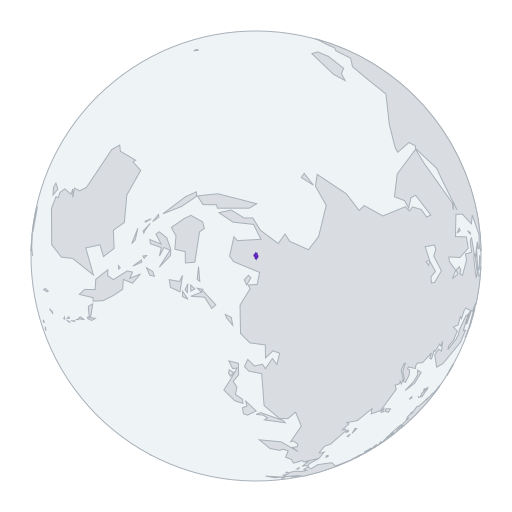 the Earth from above Roi Et, rotated 141°
{"feature_id": "THA-442", "entity_name": "Roi Et", "entity_type": "Province", "adm_level": 1, "iso_a3": "THA", "parent_name": "Thailand", "parent_adm1": "", "projection": "orthographic", "projection_center": [103.855, 15.941], "detail": "fine", "context": "on_globe", "style": "filled", "palette": "violet", "viewbox_px": 512, "rotation_deg": 141, "n_neighbors": 0, "source": "natural_earth", "source_scale": "10m", "svg_char_len": 10982}
<svg xmlns="http://www.w3.org/2000/svg" viewBox="0 0 512 512"><g transform="rotate(141 256 256)"><circle cx="256" cy="256" r="225" fill="#eef3f6" stroke="#a8b0b8"/><path d="M466.2,330.2L465.8,331.7L465.7,331.9L466.2,330.2ZM357.8,55.0L359.6,56.9L367.9,62.1L360.3,58.1L380.9,71.8L387.1,79.0L375.5,68.3L370.8,65.4L372.8,68.6L368.4,66.5L366.9,67.0L361.5,64.4L355.1,59.1L351.5,57.6L353.2,60.0L348.8,59.5L346.9,56.0L339.1,54.9L327.0,47.5L326.5,42.9L315.3,39.1L309.0,37.0L325.7,41.8L342.0,47.8L357.8,55.0ZM463.6,168.5L463.5,168.3L463.2,167.5L463.6,168.5ZM374.7,66.8L373.2,65.1L376.2,67.6L374.7,66.8ZM367.6,67.6L369.5,68.9L367.9,68.7L367.6,67.6ZM358.2,64.7L355.1,64.3L357.1,63.7L358.2,64.7ZM352.5,63.5L345.1,63.4L348.5,66.0L334.5,59.1L345.5,61.1L347.5,59.8L349.1,61.8L352.5,63.5ZM306.5,36.5L306.8,36.5L301.7,35.4L306.5,36.5ZM301.0,35.3L304.8,36.3L296.7,34.7L292.7,33.8L293.6,33.9L289.8,33.4L289.2,33.2L301.0,35.3ZM328.0,55.7L325.2,55.2L326.9,54.8L328.0,55.7ZM285.2,32.6L285.5,32.7L278.8,31.9L280.6,32.1L285.2,32.6ZM309.9,37.5L309.5,37.7L302.9,36.4L301.9,36.4L296.6,34.7L309.9,37.5ZM278.0,31.8L275.4,31.6L271.5,31.3L272.7,31.3L278.0,31.8ZM288.6,33.1L288.8,33.2L286.5,32.9L288.6,33.1ZM274.5,31.5L275.8,31.7L276.7,31.8L273.9,31.6L274.5,31.5ZM292.3,34.1L289.6,33.7L294.1,34.7L289.3,34.2L286.7,33.3L285.8,33.4L284.4,33.3L283.9,32.8L292.3,34.1ZM273.6,31.9L268.6,31.2L260.8,30.9L259.8,30.8L272.5,31.4L273.6,31.9ZM279.7,32.4L275.7,32.0L276.4,31.9L279.6,32.1L279.7,32.4ZM287.0,34.3L295.0,35.3L295.3,35.5L287.0,34.3ZM271.2,31.8L272.5,32.0L270.6,31.8L271.2,31.8ZM282.0,33.4L284.8,33.7L285.1,33.9L282.0,33.4ZM272.6,32.4L271.0,32.1L273.1,32.1L272.6,32.4ZM276.8,32.9L276.5,33.1L274.8,32.3L278.0,32.9L276.8,32.9ZM281.8,33.6L282.9,33.8L280.6,33.5L281.8,33.6ZM265.6,32.9L263.0,31.8L267.6,31.7L269.5,32.7L265.6,32.9ZM77.9,118.1L77.4,120.9L76.1,123.6L69.1,132.4L62.2,151.7L68.4,145.5L69.3,158.7L74.4,162.6L88.8,145.5L80.5,138.5L86.1,128.5L98.4,126.5L106.7,133.9L109.1,130.3L109.8,119.1L117.7,114.8L110.7,114.9L109.1,119.2L104.7,119.7L105.9,115.8L108.6,114.3L107.8,111.0L94.9,120.3L91.9,125.8L86.1,123.2L80.5,132.3L76.8,134.9L84.9,120.6L88.7,116.4L98.8,100.3L94.2,104.3L84.4,120.1L84.8,118.0L78.6,124.6L83.6,117.9L95.6,100.7L94.3,99.6L87.5,106.5L100.1,93.4L99.7,93.8L104.9,89.0L114.9,80.4L112.5,82.5L116.0,79.7L115.0,81.2L122.4,76.9L122.8,78.1L134.2,71.0L135.9,71.0L128.6,75.0L123.8,78.9L125.6,83.5L128.5,82.7L135.8,78.0L135.4,80.3L142.2,75.2L147.4,76.5L146.8,71.0L155.3,66.4L163.1,64.7L165.8,62.5L153.1,65.4L148.1,67.6L144.1,70.9L130.4,77.4L128.0,77.2L141.8,67.5L139.8,66.5L151.4,60.3L178.6,54.7L185.6,55.9L179.2,66.8L172.6,68.6L171.7,65.3L164.7,72.3L169.0,69.7L168.7,72.0L176.8,69.1L176.9,70.6L184.4,65.5L185.5,67.1L180.7,70.3L193.6,68.3L198.2,71.3L201.0,70.2L202.8,68.2L207.4,73.9L209.3,72.9L208.5,70.5L211.8,67.2L219.3,63.8L220.5,65.9L217.9,67.4L214.3,74.3L207.3,78.6L208.5,79.2L214.9,76.0L219.3,67.6L223.6,65.0L222.4,68.7L223.1,67.1L225.6,66.6L229.2,68.2L230.9,64.1L256.4,57.5L265.8,60.8L261.9,64.4L281.0,64.3L290.2,69.5L289.4,67.1L298.1,66.5L295.3,64.8L295.6,63.7L316.6,62.9L322.4,65.0L330.6,63.4L330.2,62.4L326.4,60.7L334.5,59.1L348.5,66.0L348.7,67.8L357.3,71.5L356.4,75.5L359.6,81.0L353.6,84.3L356.7,89.0L359.8,90.0L366.3,97.6L369.1,111.1L353.4,95.7L346.5,77.8L348.1,84.3L343.8,81.7L341.9,83.6L343.4,88.7L346.0,89.9L327.9,95.2L323.5,109.7L333.6,109.6L340.0,114.8L343.8,134.7L325.6,161.0L334.0,171.0L334.6,177.3L327.5,180.8L326.4,171.5L319.1,167.8L319.6,162.5L307.8,166.0L308.0,158.5L298.8,165.6L302.5,171.7L312.8,170.8L304.7,181.0L315.4,192.3L316.8,205.5L299.3,227.9L281.3,234.2L280.2,238.3L273.0,233.1L263.5,241.0L276.9,265.6L276.6,272.5L261.1,284.8L260.7,279.6L241.6,265.8L238.0,282.1L252.5,296.7L257.5,313.0L246.3,307.3L241.3,293.0L234.5,287.6L236.4,273.4L230.9,251.7L219.6,254.8L220.6,246.3L211.3,227.9L195.1,231.7L169.5,251.2L165.9,272.7L157.1,280.9L146.7,247.7L147.2,226.4L140.2,227.1L132.2,207.3L108.9,200.3L108.5,194.5L103.5,195.6L98.3,188.2L98.9,178.9L94.4,177.8L93.7,202.6L98.8,203.9L107.2,197.1L105.7,205.5L111.1,214.9L94.6,230.9L64.9,238.5L67.0,222.0L70.1,173.5L72.8,169.2L73.0,168.7L73.4,167.7L68.6,174.3L70.8,165.3L63.7,197.3L60.4,210.4L64.4,239.2L62.8,241.2L65.6,247.9L80.6,247.5L79.6,252.8L69.5,274.5L53.1,300.1L58.2,323.7L61.9,342.4L58.0,350.1L64.8,365.3L63.8,367.9L68.0,376.1L70.8,382.8L73.1,387.6L72.7,387.0L63.9,373.6L56.0,359.7L49.1,345.2L43.3,330.3L38.6,315.0L34.9,299.4L32.4,283.6L31.0,267.7L30.8,251.7L31.6,235.7L33.6,219.8L36.8,204.1L41.0,188.7L46.3,173.6L52.7,158.9L60.1,144.7L68.5,131.1L77.9,118.1ZM110.4,152.2L118.7,156.8L123.7,143.7L127.4,144.6L127.8,140.1L124.1,142.8L126.3,131.1L133.1,129.7L136.6,124.7L134.0,123.0L121.2,127.8L117.9,144.1L112.2,147.9L110.4,152.2ZM134.5,66.3L136.1,65.4L132.9,67.5L129.0,70.0L128.8,70.1L134.5,66.3ZM129.2,70.3L143.0,61.6L143.8,61.7L141.0,63.0L140.1,63.9L135.4,66.4L122.7,75.7L118.4,78.7L120.1,76.4L121.9,75.2L124.9,72.8L129.2,70.3ZM176.7,45.1L176.9,45.1L182.9,42.9L176.8,45.7L171.9,47.5L171.2,47.3L175.3,45.7L176.7,45.1ZM232.4,32.0L239.0,31.5L248.8,31.0L251.8,31.1L248.0,31.3L253.7,31.3L248.5,31.9L250.5,32.1L247.5,33.2L238.9,34.0L241.8,34.3L239.6,35.6L232.6,36.7L234.7,35.4L225.4,37.8L224.1,36.7L223.1,37.0L219.4,36.9L213.1,37.5L213.6,36.9L211.0,37.5L208.4,37.6L205.0,38.3L204.6,37.7L200.3,38.6L202.6,37.9L195.4,39.7L200.6,38.2L197.8,38.6L194.2,39.9L197.1,38.6L214.6,34.6L232.4,32.0ZM264.5,33.1L254.5,33.6L248.9,33.5L256.6,31.7L255.4,31.4L260.1,30.9L268.2,31.3L266.1,31.3L265.9,31.5L263.5,31.3L265.3,31.6L262.5,31.8L263.1,32.2L259.7,32.2L264.5,33.1ZM78.8,121.2L78.6,122.4L79.1,123.4L75.2,127.9L78.8,121.2ZM86.7,109.4L87.1,109.5L81.8,115.7L82.1,114.6L86.7,109.4ZM91.8,104.7L87.5,109.1L90.0,106.1L91.8,104.7ZM129.5,75.1L130.4,75.3L128.8,76.5L126.2,77.9L129.5,75.1ZM204.7,45.9L206.8,44.6L208.2,44.5L215.6,42.2L217.1,43.2L213.2,45.0L204.7,45.9ZM84.8,147.5L80.7,149.8L81.1,147.4L82.4,147.1L84.8,147.5ZM75.8,138.2L75.7,142.5L74.7,139.4L75.8,138.2ZM207.6,46.6L210.5,45.4L209.5,46.7L207.6,46.6ZM218.6,43.9L218.2,45.1L218.2,43.1L218.6,43.9ZM170.8,452.1L175.4,454.6L172.3,454.1L170.8,452.1ZM81.5,348.5L85.2,378.1L79.5,375.7L74.1,365.5L69.8,346.7L74.9,343.9L76.3,336.2L81.5,348.5ZM313.9,350.9L320.6,351.8L320.3,352.8L313.9,350.9ZM307.0,347.4L314.7,347.8L305.6,349.6L307.0,347.4ZM317.6,347.9L325.4,346.0L328.8,344.4L328.1,346.4L317.6,347.9ZM301.8,347.4L273.2,346.4L261.9,343.3L264.6,339.8L282.9,341.4L301.8,347.4ZM263.7,339.6L246.4,328.3L222.6,296.2L231.1,297.4L255.9,317.5L254.4,320.6L264.8,329.3L263.7,339.6ZM305.5,322.0L303.8,331.5L288.1,330.3L281.0,328.5L276.0,316.1L278.8,309.9L284.7,310.3L307.4,289.7L315.3,295.0L308.3,303.9L314.8,312.3L305.5,322.0ZM166.8,274.9L171.4,288.5L166.6,289.9L166.8,274.9ZM316.4,274.8L307.3,284.0L315.6,271.7L316.4,274.8ZM321.3,263.1L321.9,267.9L318.1,263.3L321.3,263.1ZM280.1,244.9L273.9,245.7L273.7,242.3L281.5,239.3L280.1,244.9ZM317.7,216.8L317.8,226.5L316.7,229.9L313.8,223.9L317.7,216.8ZM224.7,57.6L212.6,59.2L205.0,62.0L202.2,65.6L200.9,61.6L212.7,57.3L224.7,57.6ZM252.4,57.1L254.7,54.6L257.2,55.7L257.0,56.4L252.4,57.1ZM251.3,55.5L247.7,52.6L251.3,51.2L253.4,53.8L251.3,55.5ZM227.2,48.3L223.5,48.6L224.4,47.5L227.2,48.3ZM414.0,415.3L414.3,415.8L407.9,421.9L400.0,428.6L394.7,432.0L414.0,415.3ZM365.7,438.5L367.8,432.7L375.3,431.2L370.2,436.7L365.7,438.5ZM419.3,410.2L425.1,403.6L429.6,396.7L426.1,402.6L427.9,401.4L415.4,414.8L419.3,410.2ZM344.6,416.0L301.1,429.5L292.1,428.0L295.5,422.7L289.3,406.2L292.4,406.5L291.7,395.1L318.0,384.7L337.2,364.9L350.6,365.8L361.5,351.2L374.9,351.5L370.2,362.9L383.2,369.4L394.3,343.6L400.0,369.5L408.0,377.7L407.6,393.4L385.0,421.7L374.1,427.9L373.0,425.8L368.3,428.8L362.3,428.5L360.9,420.5L356.1,423.4L361.6,416.8L354.3,422.9L352.1,417.7L344.6,416.0ZM439.5,359.4L440.9,359.7L442.3,363.5L440.2,363.4L439.5,359.4ZM462.5,337.2L462.5,339.0L461.3,340.2L462.5,337.2ZM465.7,331.9L464.2,333.6L466.2,330.2L465.7,331.9ZM449.7,342.0L450.2,343.4L449.5,344.2L449.7,342.0ZM449.2,341.6L450.4,338.7L449.9,341.4L449.2,341.6ZM443.3,329.0L444.4,327.4L444.8,328.4L443.3,329.0ZM330.4,351.9L339.8,344.5L344.8,343.8L330.4,351.9ZM442.1,326.3L439.7,326.6L440.0,325.1L442.1,326.3ZM442.5,322.9L442.4,320.9L443.6,325.4L442.5,322.9ZM437.9,319.2L440.8,322.3L437.5,319.7L437.9,319.2ZM436.0,320.0L433.8,318.8L434.0,318.2L436.0,320.0ZM408.9,326.2L417.5,337.4L410.2,337.9L402.2,331.1L395.2,338.7L379.8,338.6L383.6,334.0L381.7,327.4L365.4,325.4L362.1,321.2L368.0,318.0L357.1,314.8L369.1,312.5L373.8,321.3L380.6,314.0L391.9,315.1L402.7,317.4L411.0,323.4L408.9,326.2ZM368.9,332.3L370.9,332.2L369.0,335.0L368.9,332.3ZM429.5,314.5L432.8,318.4L432.3,319.5L430.7,319.1L429.5,314.5ZM413.0,321.6L422.1,313.3L424.2,313.2L418.1,322.3L413.0,321.6ZM420.1,308.7L424.2,309.3L426.2,313.2L425.4,314.5L420.1,308.7ZM344.4,324.6L343.9,327.1L340.7,325.2L344.4,324.6ZM348.5,323.1L358.0,325.6L347.6,325.2L348.5,323.1ZM319.3,314.5L322.1,320.5L331.1,316.7L324.3,322.1L330.3,331.9L328.2,335.6L322.2,325.0L320.0,335.9L316.0,335.7L313.9,326.3L318.0,314.9L322.0,310.2L338.1,308.2L319.3,314.5ZM348.5,315.8L346.0,308.9L347.8,304.2L350.6,307.9L348.5,315.8ZM338.3,292.2L331.4,284.2L325.3,287.2L337.6,276.0L342.2,285.5L338.3,292.2ZM332.3,274.5L326.5,277.3L332.4,270.8L332.3,274.5ZM325.0,274.6L324.2,268.9L328.8,269.7L325.0,274.6ZM335.3,274.8L336.1,265.2L338.6,270.8L335.3,274.8ZM321.9,256.4L332.0,265.7L319.1,261.6L318.0,243.4L323.4,243.0L321.9,256.4ZM348.4,184.4L346.7,179.5L351.4,178.4L351.2,182.1L348.4,184.4ZM365.3,172.1L352.1,176.6L341.3,180.9L345.0,183.2L343.1,191.6L337.2,183.7L344.3,174.6L352.7,172.9L353.3,166.1L359.0,161.5L356.7,153.2L358.9,149.6L363.6,156.9L365.3,172.1ZM355.3,149.7L353.4,135.5L362.6,137.6L365.1,141.2L362.1,146.6L357.4,145.1L355.3,149.7ZM355.6,132.8L351.0,131.4L338.6,111.5L338.2,108.0L352.6,123.3L349.1,123.0L350.5,127.8L355.6,132.8ZM326.4,56.3L325.3,55.3L327.8,56.3L326.4,56.3ZM293.9,62.8L294.7,61.4L297.6,62.4L293.9,62.8ZM298.6,58.5L294.8,58.3L298.3,57.6L298.6,58.5ZM286.3,58.4L293.0,57.8L287.3,59.7L286.3,58.4Z" fill="#d9dde1" stroke="#a8b0b8" stroke-width="1"/><path d="M256.0,253.9L256.1,254.0L256.3,254.0L256.5,254.0L256.8,254.2L257.1,254.1L257.3,254.1L257.5,254.1L257.7,253.9L257.7,254.0L257.8,254.2L257.8,254.4L257.8,254.5L257.8,254.8L257.7,254.8L257.5,255.0L257.4,255.1L257.2,255.2L257.2,255.3L256.9,255.4L256.9,255.5L257.0,255.5L257.0,255.8L256.9,255.8L256.7,255.8L256.6,256.0L256.7,256.3L256.6,256.5L256.8,256.5L256.8,256.4L257.0,256.5L257.1,256.8L257.2,257.0L257.3,257.2L257.3,257.3L257.2,257.4L257.0,257.5L256.9,257.6L256.7,257.8L256.5,258.0L256.4,258.0L256.2,258.0L256.2,257.9L255.9,257.9L255.8,258.0L255.7,258.0L255.2,257.9L254.9,257.9L254.8,258.0L254.7,258.0L254.5,257.9L254.4,258.0L254.4,257.8L254.4,257.7L254.2,257.6L254.0,257.4L253.9,257.4L254.0,257.2L254.1,256.9L254.3,256.9L254.5,256.3L254.6,256.2L254.6,255.8L254.6,255.6L254.5,255.4L254.8,254.9L254.9,255.0L255.0,255.0L255.1,254.9L255.1,255.0L255.3,255.0L255.3,254.9L255.5,254.9L255.6,254.7L255.5,254.4L255.4,254.3L255.5,254.2L255.8,254.0L255.9,253.9L256.0,253.9L256.0,253.9Z" fill="#8b5cf6" stroke="#5b21b6" stroke-width="1.5"/></g></svg>